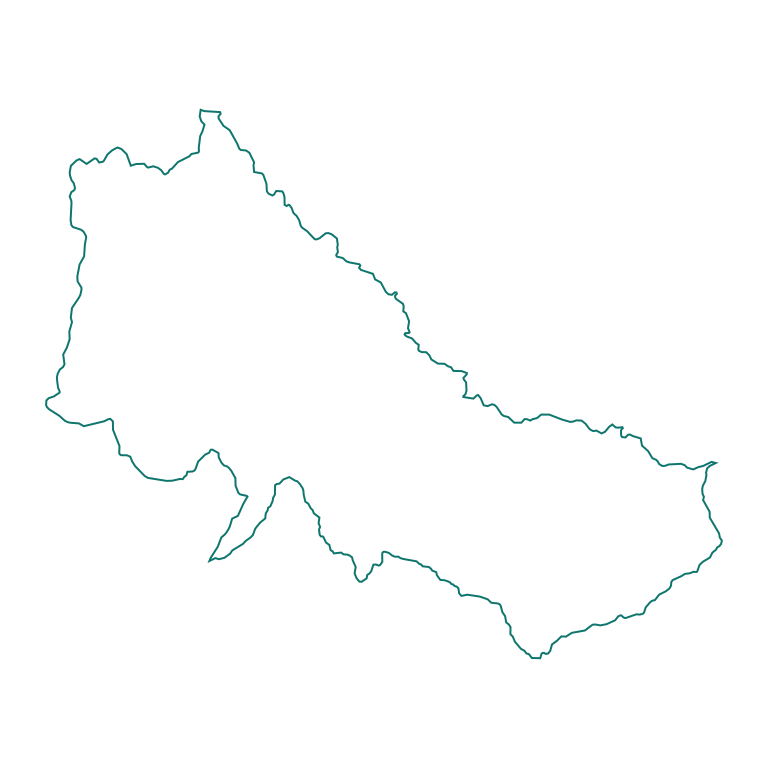 outline of Acobamba, Huancavelica, Peru
{"feature_id": "86281439B92156205332271", "entity_name": "Acobamba", "entity_type": "district", "adm_level": 2, "iso_a3": "PER", "parent_name": "Peru", "parent_adm1": "Huancavelica", "projection": "albers", "projection_center": [-74.569, -12.778], "detail": "fine", "context": "isolated", "style": "outline", "palette": "teal", "viewbox_px": 768, "rotation_deg": 0, "n_neighbors": 0, "source": "geoboundaries", "source_scale": "gbopen_adm2", "svg_char_len": 6066}
<svg xmlns="http://www.w3.org/2000/svg" viewBox="0 0 768 768"><path d="M715.8,463.0L711.5,461.9L703.3,465.9L698.4,467.1L693.2,469.4L687.2,467.7L684.7,465.2L681.0,463.8L668.5,464.5L665.2,465.8L662.4,466.0L659.2,464.1L657.7,461.4L656.1,459.8L652.4,458.2L648.2,451.2L642.0,445.6L640.7,438.4L633.2,436.2L629.8,434.5L628.0,434.8L625.4,437.5L622.0,437.0L621.2,435.6L621.0,430.8L621.5,429.4L622.8,428.3L622.4,427.2L617.9,427.7L615.6,427.4L612.3,424.5L609.0,427.0L605.0,431.8L601.6,433.4L596.4,430.6L593.3,431.1L590.7,429.9L589.3,428.8L585.7,423.9L581.6,420.6L576.4,420.4L572.6,421.7L570.1,421.9L561.9,419.5L549.2,414.6L541.2,414.6L537.0,418.1L532.5,419.2L530.2,420.6L526.8,419.1L524.6,419.1L521.3,422.7L514.3,422.7L508.2,417.0L503.9,416.0L501.7,414.5L496.7,407.0L494.4,404.9L492.0,404.3L487.6,406.1L483.7,405.3L480.6,398.1L478.1,395.0L476.8,395.4L473.4,398.6L463.3,397.0L463.3,396.3L465.5,394.1L466.5,390.5L466.1,382.3L463.9,379.6L463.4,378.0L466.6,374.5L466.9,373.1L461.6,371.1L453.4,370.9L451.1,367.3L447.9,366.2L444.5,363.8L438.0,363.6L432.5,360.2L431.3,359.4L429.4,355.4L426.2,352.2L421.7,352.1L419.0,350.8L418.3,349.6L418.7,344.8L415.8,342.8L412.0,338.4L406.7,336.5L404.6,334.6L405.2,333.2L408.9,333.0L409.6,332.2L408.0,328.2L409.1,321.3L406.0,313.2L403.3,311.4L403.7,306.1L402.9,303.8L396.1,299.0L395.2,297.5L395.1,295.6L396.8,293.9L396.5,292.5L394.8,292.4L391.9,294.8L388.5,294.3L385.8,291.8L380.8,282.5L375.1,279.4L373.0,273.9L360.9,269.9L359.1,267.7L360.3,265.5L359.5,264.3L348.9,262.3L346.3,261.3L342.7,258.0L336.8,256.6L336.2,255.0L337.9,252.1L337.2,247.3L337.8,244.9L336.9,238.5L331.7,234.3L328.5,233.1L325.7,233.3L319.6,238.2L316.6,239.4L314.7,239.2L307.1,231.2L301.8,227.4L300.6,225.4L299.2,220.3L296.6,215.9L293.5,213.1L291.6,207.9L289.4,205.0L288.5,204.8L286.6,206.0L284.6,204.9L284.5,197.0L283.3,192.9L282.2,191.4L276.2,191.0L274.0,194.6L272.4,195.5L268.5,193.6L266.9,191.4L266.4,183.6L263.3,174.8L261.8,173.4L254.1,172.0L253.5,165.3L254.1,162.3L249.3,152.7L246.1,150.5L240.9,150.0L239.4,148.9L236.8,142.9L229.7,130.2L223.5,125.9L218.6,118.4L218.5,116.3L220.6,113.8L220.1,112.1L204.2,111.1L200.7,109.8L199.7,116.5L201.4,121.4L204.5,124.6L202.5,131.2L200.2,136.1L198.8,147.3L198.9,151.7L198.2,152.6L191.4,154.0L189.5,156.2L177.9,162.1L172.0,168.6L169.7,169.8L168.0,172.8L165.0,174.4L164.0,174.1L161.2,170.2L157.9,167.8L153.2,166.3L148.2,167.6L147.0,167.0L144.2,163.8L136.2,164.0L130.8,165.7L126.6,154.1L121.4,149.0L117.4,147.5L112.2,150.3L107.5,154.4L103.8,160.9L102.6,161.8L99.2,162.5L96.5,158.8L94.6,158.4L86.6,163.9L79.6,159.1L76.6,160.4L70.9,165.8L69.7,172.2L70.0,175.6L71.6,180.3L73.8,183.3L75.0,188.1L74.4,190.0L71.3,192.2L69.7,196.5L71.3,200.7L71.5,203.1L70.6,220.0L71.4,225.2L73.1,227.1L81.0,229.7L83.4,231.5L86.0,235.9L86.2,237.4L84.9,244.4L84.1,256.4L79.6,264.5L77.3,276.5L77.6,281.4L81.4,287.6L81.5,289.7L80.4,294.7L79.1,297.4L72.0,308.0L70.8,317.6L72.0,322.1L69.3,331.6L69.7,339.1L66.8,347.8L63.2,354.5L64.5,364.3L62.9,367.2L59.9,369.4L57.7,373.7L56.9,377.5L57.2,381.4L58.1,387.8L59.6,391.2L59.6,392.6L53.9,396.4L48.7,398.2L46.4,400.4L46.1,405.1L47.1,407.3L49.3,409.4L59.5,415.9L64.9,420.8L67.8,422.2L70.9,422.8L78.9,423.4L83.8,426.2L104.1,421.3L108.8,419.0L110.3,418.9L112.9,421.4L113.0,429.7L119.5,446.1L119.2,453.1L119.7,454.2L121.1,455.2L126.9,455.3L130.3,456.7L132.1,461.3L135.1,466.1L144.7,476.0L147.9,477.9L166.7,480.9L172.3,480.7L179.8,479.0L182.8,479.1L184.4,476.8L186.4,475.3L187.4,471.8L192.4,471.5L194.4,470.6L195.6,468.8L198.1,461.6L205.3,454.5L209.1,452.8L210.6,449.8L212.4,449.6L218.5,453.1L218.7,457.2L221.4,462.6L223.9,465.4L227.3,466.5L229.0,468.0L231.3,470.8L235.4,478.1L235.6,485.8L238.4,492.9L240.1,494.4L246.8,495.9L247.5,496.6L243.3,503.8L237.9,515.9L232.2,518.6L229.7,526.8L227.6,530.7L225.3,534.0L221.3,537.5L217.8,546.7L210.6,558.0L209.4,561.0L215.3,558.1L219.0,559.2L224.4,557.8L230.1,553.7L232.3,550.4L243.0,543.9L245.7,540.9L250.5,537.5L252.9,535.0L255.2,528.8L256.6,526.9L260.3,522.4L265.2,518.5L265.8,513.2L267.6,510.5L268.1,507.8L270.4,506.2L272.6,501.1L273.1,497.9L274.9,494.6L275.1,485.2L276.7,484.0L279.5,483.6L283.3,479.5L289.3,477.1L295.0,480.6L297.3,481.3L300.0,484.2L302.7,488.4L303.4,490.7L303.7,494.7L305.3,501.6L308.3,503.7L310.7,508.2L312.7,510.2L313.8,513.3L319.4,517.5L318.6,523.3L320.1,526.9L319.0,529.5L319.7,534.9L321.1,536.5L322.6,536.4L323.4,537.0L326.0,542.5L329.4,545.0L330.6,550.1L332.8,551.5L333.9,553.4L341.1,552.6L343.7,554.4L347.3,554.6L349.5,555.5L352.1,557.4L352.7,560.2L355.7,567.0L354.6,573.3L356.5,578.1L359.4,581.6L361.6,581.8L366.6,578.4L367.3,574.9L369.4,573.5L371.2,571.3L373.4,564.7L376.0,564.5L378.6,565.6L380.1,565.0L382.3,561.9L382.2,554.3L382.4,552.8L383.3,551.9L384.9,551.7L388.8,552.9L392.1,555.5L394.9,556.7L398.4,556.7L400.4,558.1L403.4,559.0L416.4,561.3L419.5,564.0L421.0,564.4L422.6,566.3L428.8,567.0L430.9,568.6L432.3,570.7L436.2,572.1L437.0,575.3L440.3,579.9L444.9,580.3L449.7,582.1L451.4,584.0L453.0,584.4L454.2,585.7L456.9,586.8L458.4,588.3L459.2,593.4L461.4,595.9L467.3,594.7L479.9,596.6L487.7,599.3L491.2,602.7L498.0,603.5L499.8,604.4L500.8,606.1L502.4,612.2L505.1,616.1L506.2,622.4L509.0,624.6L510.5,627.1L510.4,634.2L512.8,636.6L514.9,641.7L521.0,648.9L524.4,650.7L526.3,653.4L528.9,654.1L531.8,658.0L540.2,658.2L541.6,653.7L542.4,653.0L544.1,652.9L545.7,653.9L548.1,653.5L550.2,650.9L552.0,644.4L556.6,641.1L561.4,636.4L566.0,636.6L571.9,632.8L584.9,630.5L592.6,624.7L595.4,624.5L600.3,625.4L606.5,624.2L615.1,620.3L618.1,616.5L619.9,615.5L621.3,615.4L623.4,617.4L625.4,618.1L636.5,614.3L639.9,614.6L642.9,613.7L644.0,612.7L645.7,607.4L649.9,602.5L652.0,600.8L654.9,600.1L659.2,594.6L665.8,591.3L669.6,588.3L671.0,585.6L671.3,582.1L672.6,580.1L681.3,576.2L684.9,573.9L690.1,573.2L693.4,571.8L696.6,572.0L697.5,570.8L699.5,564.9L703.1,561.6L710.0,557.5L712.4,552.6L715.9,549.8L717.2,547.4L719.5,546.0L721.1,543.9L721.9,540.6L719.8,537.6L719.1,533.5L709.8,517.7L709.6,511.7L703.1,500.1L703.9,496.9L702.5,493.6L702.2,489.3L702.8,485.8L705.3,481.1L706.4,475.3L706.1,472.5L707.2,468.3L709.8,465.9L715.8,463.0Z" fill="none" stroke="#0f766e" stroke-width="2"/></svg>